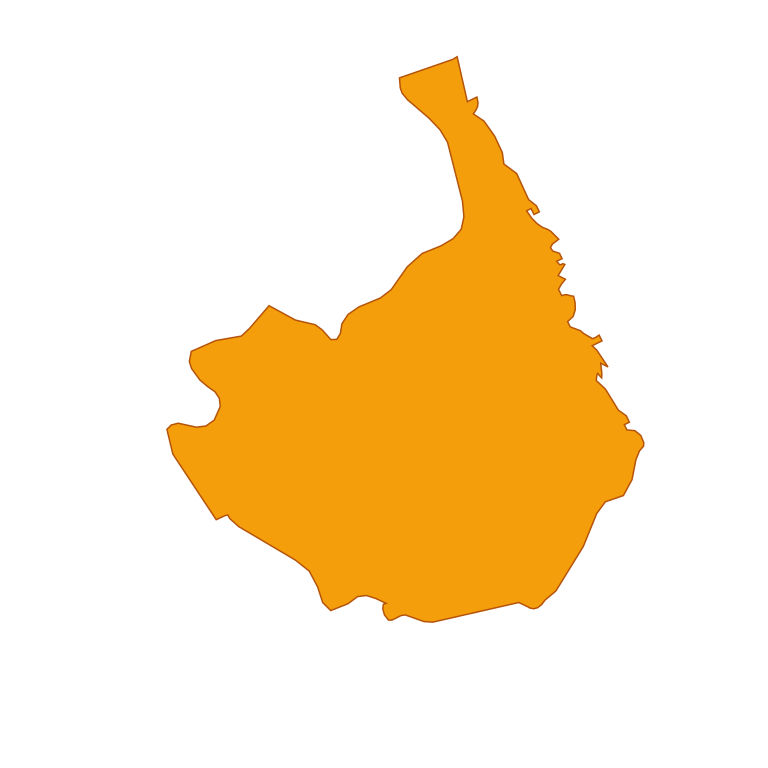 SVG path tracing the border of Irbid, rotated 154°
{"feature_id": "JOR-854", "entity_name": "Irbid", "entity_type": "Province", "adm_level": 1, "iso_a3": "JOR", "parent_name": "Jordan", "parent_adm1": "", "projection": "orthographic", "projection_center": [35.72, 32.466], "detail": "fine", "context": "isolated", "style": "filled", "palette": "amber", "viewbox_px": 768, "rotation_deg": 154, "n_neighbors": 0, "source": "natural_earth", "source_scale": "10m", "svg_char_len": 2091}
<svg xmlns="http://www.w3.org/2000/svg" viewBox="0 0 768 768"><g transform="rotate(154 384 384)"><path d="M187.2,299.8L188.4,299.2L191.7,294.1L187.2,282.3L184.8,257.7L180.2,249.2L180.2,242.1L185.8,242.1L185.8,236.2L179.0,232.1L175.8,225.3L176.2,217.4L178.0,214.3L183.7,211.9L190.8,205.5L202.9,189.4L217.7,178.8L236.7,181.1L249.5,174.4L276.1,150.6L320.1,122.7L333.9,119.2L334.1,119.1L339.1,116.6L343.8,115.6L347.9,116.3L351.3,118.9L351.2,119.1L358.6,128.5L444.6,148.6L452.3,153.0L466.1,167.1L470.1,168.4L480.4,168.3L483.5,169.9L484.8,176.2L483.7,182.4L481.1,186.3L478.2,185.9L485.5,194.9L492.5,201.6L500.9,204.5L512.5,202.3L531.2,203.7L534.9,214.5L532.6,230.8L533.2,248.6L540.8,264.5L577.1,319.5L581.6,330.6L581.8,334.7L584.7,335.4L594.3,335.6L604.5,413.6L599.0,438.4L593.3,440.4L586.2,439.0L571.5,427.4L562.4,424.3L552.4,426.0L541.0,435.6L538.3,443.3L539.3,451.1L543.5,458.7L547.7,468.2L550.2,482.3L549.1,489.6L542.9,497.8L516.2,496.8L491.2,489.6L480.5,492.9L453.0,504.8L435.6,480.3L419.8,467.4L415.8,459.7L412.3,447.2L406.9,444.8L401.1,448.5L395.4,456.6L385.8,462.3L372.8,464.3L349.4,462.9L336.2,465.6L311.8,479.1L292.4,484.6L272.2,483.2L258.3,484.3L246.8,489.2L238.9,499.2L233.3,514.0L220.9,573.5L222.2,588.0L227.1,603.4L238.2,629.1L240.2,637.4L239.6,642.9L235.9,652.4L179.9,645.6L174.8,646.1L185.3,601.2L174.7,601.2L176.1,595.9L178.2,592.4L181.3,589.9L185.3,587.6L178.9,576.5L175.9,558.3L176.2,540.2L179.8,529.1L172.5,515.0L173.2,486.4L168.9,477.2L168.9,470.6L174.9,470.6L174.9,477.2L179.9,477.2L178.6,468.5L176.2,461.2L172.9,455.3L169.0,451.1L167.1,448.0L163.5,437.5L171.3,436.0L174.7,433.4L174.0,429.5L169.0,424.5L169.0,418.6L175.0,418.6L173.8,414.2L172.4,413.6L170.8,413.9L169.0,412.2L180.0,405.1L175.0,398.6L180.5,396.1L185.6,392.7L185.6,385.6L182.0,384.9L179.9,383.6L178.0,381.8L175.1,379.7L176.6,373.3L179.6,366.8L184.4,361.8L191.6,359.6L191.6,353.7L184.1,345.8L182.4,341.8L176.7,333.3L173.4,333.1L169.2,333.6L169.2,327.2L180.1,327.2L177.9,321.0L175.2,301.1L180.1,307.7L183.8,297.5L185.7,294.1L186.8,297.5L187.2,299.8Z" fill="#f59e0b" stroke="#b45309" stroke-width="1.5"/></g></svg>